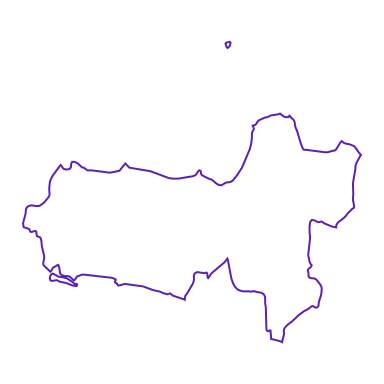 Jawa Tengah, Natural Earth projection
{"feature_id": "IDN-1224", "entity_name": "Jawa Tengah", "entity_type": "Province", "adm_level": 1, "iso_a3": "IDN", "parent_name": "Indonesia", "parent_adm1": "", "projection": "natural_earth1", "projection_center": [110.164, -7.029], "detail": "fine", "context": "isolated", "style": "outline", "palette": "violet", "viewbox_px": 384, "rotation_deg": 0, "n_neighbors": 0, "source": "natural_earth", "source_scale": "10m", "svg_char_len": 4409}
<svg xmlns="http://www.w3.org/2000/svg" viewBox="0 0 384 384"><path d="M60.6,165.0L61.6,166.0L62.5,167.6L63.7,168.9L66.0,169.5L68.6,169.3L70.2,168.5L71.0,166.8L71.2,163.9L72.1,161.9L74.2,161.8L76.5,162.7L77.8,163.5L81.9,167.2L84.5,168.1L87.4,170.3L88.2,170.4L91.1,170.3L110.0,172.7L119.4,170.8L125.3,163.5L129.5,167.7L150.4,171.2L168.9,178.1L173.7,178.7L178.4,178.6L192.5,176.3L195.1,175.4L196.3,174.2L196.6,173.5L198.5,170.9L199.3,170.3L200.5,170.8L200.9,172.0L201.0,173.4L201.5,174.7L203.1,175.8L208.1,178.4L211.8,179.7L216.3,183.5L218.6,184.9L221.3,185.3L223.2,184.3L225.0,183.0L227.1,182.4L229.4,182.2L231.2,181.6L232.7,180.6L237.1,175.2L241.9,167.8L249.8,149.2L251.2,143.7L251.8,138.9L252.0,133.8L252.5,131.4L253.5,130.0L253.8,128.4L252.7,125.6L254.9,125.1L256.0,124.2L257.8,121.3L259.1,120.2L264.6,117.7L267.5,117.1L268.6,116.6L270.3,115.7L271.2,115.4L277.8,114.4L280.1,113.6L281.1,114.5L284.1,116.6L285.3,117.1L287.4,117.1L288.5,117.0L289.0,116.6L289.4,115.7L290.3,116.4L291.1,117.5L291.3,117.9L292.7,119.0L293.8,120.2L294.6,121.9L295.3,126.8L297.1,131.1L301.1,144.4L303.0,148.9L303.8,149.7L304.5,149.8L305.2,149.7L325.3,152.3L327.8,152.2L332.3,150.9L334.6,150.6L336.2,149.3L339.9,143.2L341.6,141.1L344.4,143.2L350.6,144.6L354.2,146.3L355.4,147.5L359.0,152.8L361.0,154.9L360.5,155.4L356.3,163.3L355.4,166.5L355.4,168.8L353.5,180.1L352.9,183.4L353.3,194.2L352.9,198.6L353.0,200.0L354.0,205.4L354.2,206.7L354.0,207.7L352.2,208.9L347.8,213.3L346.1,215.6L344.6,217.2L341.6,219.8L339.3,221.4L338.4,222.1L337.9,222.7L337.3,223.4L336.5,224.9L336.2,225.8L336.2,227.4L331.8,226.5L325.1,223.7L323.4,222.7L322.0,221.7L321.3,221.5L320.4,221.7L319.5,222.1L318.3,222.1L316.7,221.6L314.8,220.5L312.0,219.9L310.2,221.8L309.5,227.1L309.6,232.9L310.1,236.7L310.0,239.1L308.2,254.7L309.5,261.4L310.4,263.7L311.7,265.3L311.1,266.7L308.4,269.1L307.9,270.1L307.8,270.9L308.2,271.7L308.4,272.7L308.5,275.0L308.8,277.1L310.6,278.1L314.4,278.5L315.6,279.1L316.8,280.1L319.6,283.7L320.7,285.3L321.4,286.7L321.7,288.5L321.4,293.4L320.7,296.3L318.9,301.8L318.4,306.2L317.7,306.9L316.6,307.7L315.5,307.6L314.5,307.1L313.6,306.4L312.8,306.0L311.6,306.3L308.9,308.5L307.2,309.6L304.3,311.0L298.9,314.9L292.1,321.4L288.1,324.3L286.0,326.4L284.4,328.4L284.0,329.6L283.8,330.6L284.0,333.4L283.9,334.4L283.8,335.1L282.3,341.2L282.1,342.2L280.7,341.4L271.7,339.0L271.2,339.0L270.5,330.5L269.9,330.4L269.2,330.5L268.5,331.1L267.7,331.2L266.8,330.4L266.4,329.0L265.8,307.1L265.2,303.8L265.1,297.9L264.9,296.6L264.5,295.5L263.6,294.1L261.5,292.8L256.3,291.9L254.6,291.2L250.7,291.6L248.5,291.3L242.6,291.3L238.1,289.9L234.8,286.6L233.1,283.3L231.4,278.7L227.8,259.7L227.4,258.6L224.5,262.3L212.7,272.3L211.1,273.8L209.0,277.0L208.1,278.1L207.7,277.7L207.5,276.6L207.2,273.3L206.7,272.7L206.1,272.6L205.5,272.9L204.8,273.1L203.8,273.1L197.3,272.1L194.9,273.2L194.2,274.4L193.8,275.9L194.0,279.2L193.6,281.7L192.7,283.9L187.1,293.4L185.4,295.6L185.1,296.8L184.7,299.8L183.8,299.3L172.8,295.6L170.0,293.4L167.5,294.3L163.6,293.3L159.8,291.6L153.4,290.2L143.0,286.4L124.6,283.9L120.3,285.2L118.1,285.5L117.1,284.3L116.9,283.4L116.2,283.0L115.5,282.8L114.9,282.1L115.0,281.4L115.8,280.0L115.7,279.5L115.0,279.0L111.9,277.8L93.4,275.7L82.7,274.5L77.1,276.4L75.6,278.7L74.4,280.2L73.6,280.2L70.3,277.1L69.2,276.4L67.9,276.2L65.5,276.1L63.2,275.7L61.4,274.8L60.1,273.5L59.3,267.7L58.3,264.9L56.8,265.4L56.1,266.0L53.4,267.5L52.6,268.4L51.2,270.9L50.3,271.7L44.1,265.8L43.6,265.1L43.3,264.2L43.3,262.4L43.5,261.2L44.1,259.1L44.2,257.6L44.1,255.6L41.9,246.5L41.4,241.2L41.0,239.3L40.7,238.3L40.1,237.4L38.8,236.8L37.7,236.4L36.9,236.0L36.4,233.2L36.2,231.5L35.5,231.0L34.2,231.1L31.6,232.0L30.5,231.7L29.9,230.8L29.1,228.9L26.5,228.1L23.7,227.2L23.0,223.3L25.6,213.6L25.8,210.8L26.1,208.8L27.0,207.3L28.3,206.2L30.2,205.5L32.2,205.4L36.3,206.1L39.1,205.9L40.3,205.3L41.4,204.7L44.3,202.3L45.7,200.7L47.1,198.8L48.3,197.5L49.2,196.0L49.6,194.3L49.4,192.1L49.2,188.3L49.9,182.1L50.4,180.2L52.9,175.3L60.4,165.2L60.6,165.0ZM74.1,283.4L74.6,284.0L76.7,283.9L77.1,284.7L76.7,286.0L75.9,286.2L74.9,285.9L72.0,285.3L66.1,283.0L59.7,281.7L58.3,280.8L56.7,280.2L52.1,280.9L50.5,280.4L49.8,278.6L50.1,276.3L51.2,274.4L52.8,273.5L58.4,276.6L64.0,277.5L67.5,278.7L73.2,282.5L74.1,283.4ZM226.7,42.5L229.8,41.8L230.5,42.8L230.2,45.0L228.8,47.2L227.5,48.0L226.6,47.1L226.2,45.6L225.7,44.3L225.6,43.3L226.7,42.5Z" fill="none" stroke="#5b21b6" stroke-width="2"/></svg>